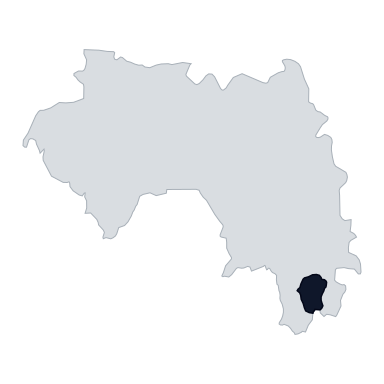 Guinea, with Nzérékoré highlighted
{"feature_id": "GIN-5655", "entity_name": "Nzérékoré", "entity_type": "Prefecture", "adm_level": 1, "iso_a3": "GIN", "parent_name": "Guinea", "parent_adm1": "", "projection": "robinson", "projection_center": [-8.704, 7.993], "detail": "fine", "context": "in_parent", "style": "filled", "palette": "ink", "viewbox_px": 384, "rotation_deg": 0, "n_neighbors": 0, "source": "natural_earth", "source_scale": "10m", "svg_char_len": 4114}
<svg xmlns="http://www.w3.org/2000/svg" viewBox="0 0 384 384"><path d="M241.5,268.2L237.9,267.6L236.4,268.4L231.7,274.6L228.8,277.0L224.5,276.2L222.9,276.7L221.8,276.0L223.4,272.6L225.6,265.8L231.4,259.0L231.5,257.6L229.1,253.6L226.7,248.2L226.7,242.4L226.2,238.2L221.1,237.0L220.2,236.3L220.1,234.9L222.9,227.7L223.2,226.2L222.8,224.9L219.7,221.2L214.8,214.4L206.5,200.3L203.3,197.3L200.3,193.0L199.2,190.3L196.1,189.3L166.8,189.5L166.3,193.2L156.2,195.6L150.0,192.8L143.1,194.4L139.7,196.3L137.1,204.5L135.7,206.3L134.2,210.0L132.8,212.0L131.3,216.0L128.0,221.8L124.6,225.5L118.7,227.6L116.8,233.6L115.5,235.9L113.2,237.7L110.8,238.8L106.0,237.6L103.3,238.7L102.9,237.2L104.4,232.4L103.2,229.9L98.6,224.9L98.2,222.5L96.8,219.4L90.7,213.0L85.1,213.3L86.7,208.0L86.6,200.8L84.7,196.9L85.2,192.9L84.2,193.1L82.3,195.9L79.2,195.0L73.1,190.8L70.0,186.6L69.7,183.1L69.0,181.8L67.1,182.5L63.2,182.4L51.5,176.2L43.2,160.4L43.0,156.9L44.3,150.8L44.0,149.1L40.1,153.2L39.4,150.5L36.5,144.1L35.7,140.5L32.9,138.9L30.6,138.6L28.9,139.8L26.5,147.2L24.8,147.2L23.0,145.6L23.4,140.1L28.0,133.2L35.7,115.8L38.4,111.8L40.1,110.4L43.7,110.3L50.7,107.9L59.3,102.5L65.8,102.9L73.6,102.3L83.7,98.5L83.9,86.9L83.5,84.3L80.0,81.9L77.9,79.9L76.1,77.3L73.9,75.5L74.0,73.5L78.5,71.0L82.6,71.1L84.0,70.1L85.0,68.5L86.2,64.2L86.6,59.8L83.9,53.8L84.1,49.6L98.9,50.2L107.0,51.4L113.7,51.7L114.7,52.7L113.8,56.8L114.6,59.2L116.9,59.8L120.6,57.0L122.5,57.6L126.7,61.2L130.5,62.2L134.8,64.1L138.7,65.2L142.2,65.0L144.9,67.0L149.8,67.7L156.2,65.1L161.2,64.0L168.3,63.7L171.9,64.6L182.7,62.5L191.1,63.7L189.8,65.1L185.9,74.4L186.4,76.1L194.9,84.0L196.9,84.6L199.3,83.5L203.0,79.8L205.9,75.9L208.7,73.9L212.0,74.1L214.6,76.8L220.6,88.6L222.2,90.1L223.6,90.0L226.3,87.8L227.7,85.3L233.3,77.5L242.1,73.7L262.9,82.6L265.9,83.2L267.7,82.6L270.3,77.3L278.2,72.8L281.9,71.6L284.0,71.4L284.9,70.0L285.3,67.9L284.8,65.7L282.4,61.7L282.4,60.5L283.7,59.8L286.7,59.2L290.6,59.6L294.9,61.3L298.5,63.8L300.5,66.7L304.4,79.1L308.8,88.8L308.6,101.8L310.5,103.1L312.7,103.7L313.6,104.7L315.8,110.1L317.8,111.6L320.2,112.0L324.7,115.4L327.6,116.8L328.0,117.8L327.9,119.2L326.8,121.0L322.4,124.6L320.3,127.7L315.8,135.1L315.7,136.5L316.6,137.4L318.5,137.6L320.4,137.1L324.5,134.4L327.7,135.4L330.8,137.4L331.9,139.6L332.2,142.4L331.5,146.0L331.4,150.0L332.4,156.9L334.0,163.8L335.7,166.3L345.9,172.3L346.9,174.6L347.4,177.1L346.7,180.6L345.7,182.6L340.0,188.0L339.2,190.5L339.6,195.3L340.0,215.4L342.2,218.8L344.9,220.6L351.1,219.6L350.9,225.2L350.1,231.5L353.7,233.4L355.5,235.3L356.5,237.1L350.8,240.4L349.1,242.4L348.4,247.6L348.6,252.4L356.2,255.9L359.2,259.9L360.5,264.1L361.0,272.1L360.3,273.9L358.3,273.9L354.4,269.1L348.5,268.6L344.1,267.6L336.7,268.3L335.4,269.7L334.6,280.2L336.3,282.0L339.9,284.0L342.2,284.9L344.1,284.6L345.6,285.9L345.9,289.4L344.9,291.9L342.9,294.3L340.5,300.4L341.0,306.0L336.9,314.9L335.7,316.6L330.2,314.8L326.6,314.3L324.0,316.5L320.4,313.0L319.7,310.3L318.4,309.8L316.0,309.7L313.8,311.3L312.8,314.1L312.3,319.8L308.3,325.2L305.5,332.0L302.2,331.3L301.5,332.2L298.0,333.9L295.0,334.4L294.2,332.6L292.4,331.1L290.5,328.3L288.3,326.0L284.1,324.3L282.4,325.1L280.4,324.9L279.1,324.0L279.3,322.6L281.5,319.1L282.7,315.8L283.4,312.3L283.4,308.9L282.2,304.2L280.3,300.4L279.9,298.3L280.1,295.2L279.7,292.3L279.0,290.8L278.2,285.3L277.0,284.3L276.4,279.9L276.6,275.4L275.0,273.7L272.4,272.5L270.9,270.7L269.9,268.8L269.0,268.2L268.2,268.3L267.5,269.5L266.6,269.8L265.1,265.6L264.5,265.4L263.4,266.4L251.5,271.1L250.0,267.1L247.7,266.4L243.8,268.0L241.5,268.2Z" fill="#d9dde1" stroke="#a8b0b8" stroke-width="1"/><path d="M320.3,309.8L314.8,309.4L314.4,310.5L313.2,312.1L312.9,313.2L309.2,312.6L305.7,310.9L304.4,307.8L303.2,303.5L301.2,299.3L300.7,295.3L299.7,292.8L297.2,290.7L298.0,289.2L299.9,287.6L300.9,284.0L303.1,279.2L304.5,277.9L308.5,276.8L312.5,274.8L316.4,274.5L319.3,275.3L321.1,277.5L321.6,279.3L324.4,279.7L325.9,280.9L326.6,282.2L326.3,285.1L325.9,287.0L324.5,288.4L323.8,290.9L322.3,293.8L321.1,296.9L321.1,300.2L321.9,303.0L322.9,305.8L321.9,308.0L320.3,309.8Z" fill="#0f172a" stroke="#020617" stroke-width="1.5"/></svg>